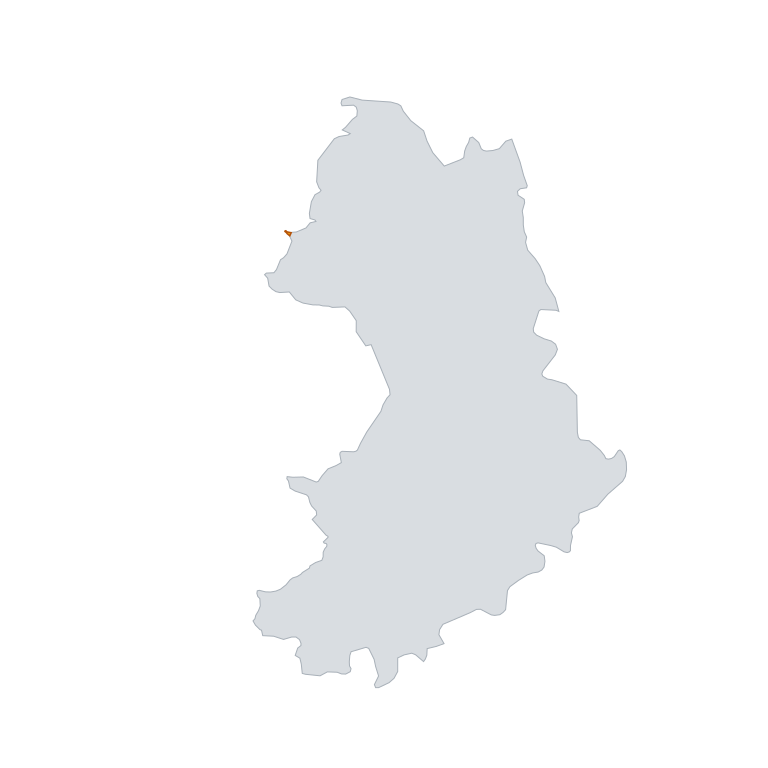 location of Conakry within Guinea, rotated 68°
{"feature_id": "GIN-5630", "entity_name": "Conakry", "entity_type": "Administrative Zone", "adm_level": 1, "iso_a3": "GIN", "parent_name": "Guinea", "parent_adm1": "", "projection": "mercator", "projection_center": [-13.696, 9.54], "detail": "fine", "context": "in_parent", "style": "filled", "palette": "amber", "viewbox_px": 768, "rotation_deg": 68, "n_neighbors": 0, "source": "natural_earth", "source_scale": "10m", "svg_char_len": 3988}
<svg xmlns="http://www.w3.org/2000/svg" viewBox="0 0 768 768"><g transform="rotate(68 384 384)"><path d="M466.1,497.1L460.3,496.3L457.7,497.4L450.0,506.5L445.3,510.1L438.1,508.9L435.5,509.6L433.6,508.5L436.3,503.5L440.0,493.6L449.5,483.6L449.7,481.5L445.8,475.7L441.7,467.7L441.7,459.2L440.9,453.0L432.5,451.3L431.0,450.2L430.7,448.1L435.5,437.5L435.8,435.3L435.3,433.4L430.1,427.9L422.0,417.9L408.2,397.1L403.0,392.7L398.1,386.4L396.2,382.4L391.0,380.9L342.7,381.2L341.8,386.6L325.1,390.2L314.9,386.0L303.5,388.5L297.9,391.3L293.6,403.3L291.2,406.0L288.7,411.4L286.5,414.4L284.0,420.3L278.6,428.8L272.9,434.3L263.2,437.3L260.2,446.3L257.9,449.6L254.2,452.2L250.2,453.9L242.3,452.2L237.9,453.8L237.1,451.5L239.6,444.4L237.6,440.8L230.0,433.4L229.3,429.8L227.0,425.2L217.0,415.8L207.6,416.4L210.2,408.4L210.1,397.9L206.9,392.1L207.8,386.2L206.0,386.6L202.9,390.6L197.9,389.3L187.7,383.0L182.6,377.0L182.0,371.8L180.8,369.8L177.7,370.8L171.3,370.7L151.8,361.5L138.0,338.2L137.7,333.0L139.7,324.0L139.2,321.5L132.8,327.5L131.6,323.5L126.8,314.1L125.4,308.8L120.7,306.4L117.0,306.0L114.1,307.7L110.3,318.7L107.4,318.6L104.5,316.3L105.1,308.1L112.6,297.9L125.1,272.1L129.6,266.2L132.4,264.2L138.3,263.9L149.9,260.5L164.1,252.4L174.9,253.1L187.8,252.1L204.5,246.5L204.7,229.2L204.1,225.3L198.2,221.9L194.7,218.8L191.7,215.0L188.1,212.3L188.2,209.4L195.6,205.7L202.4,205.7L204.7,204.3L206.4,201.8L208.3,195.6L209.0,188.9L204.5,180.1L204.8,173.8L229.3,174.7L242.8,176.4L253.8,176.9L255.5,178.3L254.0,184.5L255.4,188.1L259.2,189.0L265.3,184.8L268.6,185.7L275.4,191.0L281.8,192.5L288.8,195.3L295.4,196.9L301.2,196.7L305.7,199.7L313.8,200.6L324.4,196.9L332.7,195.2L344.4,194.8L350.5,196.0L368.3,193.0L382.2,194.7L380.1,196.8L373.7,210.7L374.4,213.1L388.6,224.9L392.0,225.8L395.9,224.2L402.0,218.7L406.8,212.8L411.4,210.0L416.8,210.2L421.2,214.3L431.3,231.7L433.8,233.9L436.3,233.9L440.7,230.6L442.9,226.8L452.3,215.3L466.8,209.6L501.2,222.8L506.3,223.8L509.3,222.8L513.5,215.0L526.6,208.3L532.8,206.5L536.3,206.3L537.7,204.1L538.3,201.0L537.6,197.7L533.6,191.8L533.5,190.0L535.8,188.9L540.7,188.0L547.1,188.6L554.3,191.2L560.2,194.9L563.6,199.2L570.0,217.7L577.3,232.1L577.0,251.4L580.2,253.3L583.7,254.2L585.4,255.7L588.9,263.7L592.2,266.0L596.2,266.5L603.6,271.6L608.4,273.6L609.1,275.1L608.9,277.3L607.1,279.9L599.9,285.3L596.3,289.8L589.0,300.7L588.8,302.8L590.3,304.2L593.4,304.5L596.6,303.7L603.3,299.8L608.7,301.2L613.7,304.2L615.6,307.4L616.1,311.5L614.9,316.9L614.7,322.8L616.5,333.0L619.1,343.2L621.8,346.9L638.8,355.8L640.4,359.2L641.3,363.0L640.0,368.1L638.3,371.0L629.0,378.9L627.6,382.7L628.3,389.7L628.9,419.4L632.6,424.5L637.0,427.0L647.2,425.6L646.9,433.8L645.5,443.1L651.5,445.9L654.5,448.7L656.2,451.3L646.8,456.2L644.0,459.1L642.7,466.8L643.1,473.9L655.7,479.0L660.6,484.9L662.8,491.1L663.5,502.8L662.4,505.5L659.1,505.5L652.7,498.4L642.9,497.6L635.6,496.3L623.4,497.2L621.4,499.3L619.9,514.8L622.9,517.4L628.7,520.3L632.5,521.6L635.6,521.2L638.1,523.1L638.6,528.2L636.9,532.0L633.7,535.4L629.7,544.4L630.6,552.6L623.7,565.6L621.7,568.2L612.7,565.6L606.7,564.7L602.4,568.0L596.5,562.9L595.4,559.0L593.3,558.1L589.3,558.1L585.6,560.4L584.0,564.5L583.2,572.8L576.5,580.8L571.9,590.7L566.4,589.8L565.3,591.0L559.5,593.5L554.6,594.2L553.3,591.6L550.4,589.5L547.2,585.3L543.5,581.9L536.5,579.5L533.8,580.6L530.5,580.3L528.3,579.0L528.6,576.9L532.3,571.8L534.4,567.0L535.5,561.8L535.5,556.9L533.5,550.0L530.4,544.4L529.6,541.2L530.0,536.7L529.3,532.5L528.2,530.2L526.8,522.2L524.9,520.7L523.9,514.3L524.2,507.7L521.5,505.2L517.2,503.4L514.7,500.8L513.1,497.9L511.6,497.1L510.3,497.3L509.1,499.1L507.7,499.4L505.2,493.3L504.2,493.0L502.4,494.4L482.7,501.3L480.2,495.5L476.4,494.4L470.0,496.8L466.1,497.1Z" fill="#d9dde1" stroke="#a8b0b8" stroke-width="1"/><path d="M211.3,415.8L208.6,417.4L206.5,418.0L206.4,418.2L205.9,418.5L205.3,418.7L205.0,418.3L205.1,417.6L205.5,417.4L206.0,417.3L206.5,417.0L209.0,413.4L211.3,415.8Z" fill="#f59e0b" stroke="#b45309" stroke-width="1.5"/></g></svg>